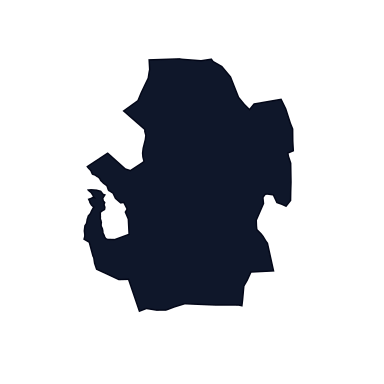 Ijero, Ekiti, Nigeria, rotated 216°
{"feature_id": "59680162B51712615582520", "entity_name": "Ijero", "entity_type": "district", "adm_level": 2, "iso_a3": "NGA", "parent_name": "Nigeria", "parent_adm1": "Ekiti", "projection": "mercator", "projection_center": [5.082, 7.845], "detail": "fine", "context": "isolated", "style": "filled", "palette": "ink", "viewbox_px": 384, "rotation_deg": 216, "n_neighbors": 0, "source": "geoboundaries", "source_scale": "gbopen_adm2", "svg_char_len": 2868}
<svg xmlns="http://www.w3.org/2000/svg" viewBox="0 0 384 384"><g transform="rotate(216 192 192)"><path d="M84.8,129.3L87.6,134.3L94.8,146.4L95.5,153.0L97.3,161.9L79.7,176.1L100.9,194.9L103.2,195.6L108.4,197.8L111.5,198.7L117.5,199.7L119.9,202.4L123.5,207.0L127.4,224.7L131.4,229.2L131.5,231.5L131.4,233.3L129.8,234.7L124.5,237.5L117.1,233.4L112.1,234.9L107.6,235.8L107.3,243.1L112.7,250.8L117.6,258.0L129.1,273.3L134.8,277.4L137.4,279.8L134.3,284.9L140.4,292.4L147.6,302.1L153.0,305.5L165.0,314.3L174.4,319.3L193.5,299.7L193.9,292.4L201.3,293.6L210.0,295.9L228.5,307.7L241.6,311.0L251.7,309.9L254.4,310.8L261.8,303.5L278.2,293.4L280.4,292.3L304.3,273.7L298.2,266.2L297.0,263.6L294.3,258.4L293.0,251.1L291.4,242.5L289.4,234.1L294.9,217.4L266.9,214.9L265.7,213.2L262.6,210.7L260.5,206.9L257.2,198.7L254.8,194.4L252.3,191.5L248.7,188.5L250.5,183.3L250.6,183.1L254.4,173.1L259.5,171.4L283.0,173.8L283.2,173.4L291.6,151.0L291.0,150.8L290.2,150.6L289.7,150.5L289.4,150.4L289.2,150.4L288.8,150.3L288.4,150.3L287.9,150.2L286.7,149.9L286.3,149.7L285.7,149.6L285.0,149.0L284.6,148.8L284.2,148.6L283.5,148.1L282.6,148.0L282.1,148.2L281.4,148.5L280.5,148.7L280.1,148.8L279.4,148.8L277.8,148.8L276.9,149.0L275.6,148.9L274.7,148.7L274.2,148.5L273.1,147.9L272.2,147.6L271.1,147.5L269.9,147.3L268.9,147.1L268.3,147.1L266.7,147.1L265.3,147.1L264.2,146.9L263.9,146.7L261.0,144.6L259.9,144.3L258.3,144.6L257.2,144.5L256.0,144.7L255.1,144.6L250.2,141.9L245.8,141.5L243.3,141.3L241.1,143.5L234.4,140.1L234.1,136.6L227.6,132.7L218.0,120.8L226.5,108.1L232.7,103.8L233.5,103.7L234.0,103.6L234.8,103.7L236.3,104.3L237.0,104.8L237.5,105.2L238.0,105.3L238.2,105.6L238.4,105.6L238.8,105.9L239.1,105.9L239.6,106.3L240.4,106.9L241.1,107.9L242.8,109.5L243.4,109.9L245.1,110.8L245.6,111.3L246.0,111.5L246.3,112.1L247.1,113.4L247.6,114.3L248.0,114.5L248.9,115.4L250.2,116.2L250.9,117.1L251.6,118.2L252.2,118.8L252.7,119.6L254.3,121.7L254.0,122.4L253.5,124.2L252.5,126.4L253.3,128.1L254.1,128.9L255.8,129.9L255.9,130.7L256.3,131.4L256.3,132.0L256.7,132.2L257.4,132.4L258.1,132.4L258.5,132.6L259.0,133.0L260.1,134.0L260.5,134.1L260.7,136.5L260.8,138.4L262.6,137.8L266.3,138.9L270.4,137.3L274.9,134.5L277.1,132.6L276.6,132.4L275.9,132.5L275.4,132.4L274.0,132.3L273.4,132.4L272.8,132.1L271.2,131.5L270.1,131.1L268.8,130.2L267.8,130.0L268.6,129.6L269.2,128.9L269.9,127.4L271.3,125.4L268.5,123.9L268.5,123.6L268.1,123.4L265.7,122.4L265.2,122.3L262.5,122.1L262.6,121.3L262.1,117.4L261.5,115.0L261.8,111.5L261.3,110.4L260.7,108.3L259.3,105.6L258.8,104.1L258.8,101.9L257.8,100.0L256.2,97.2L254.4,95.3L253.5,94.3L252.6,93.0L251.6,90.4L245.6,91.0L234.5,82.0L232.9,81.2L228.9,77.1L223.8,73.5L199.7,78.2L192.0,84.1L164.5,64.7L160.4,71.0L151.3,75.6L143.8,81.1L142.8,82.5L138.8,88.6L132.2,97.4L118.9,106.2L114.7,109.0L106.9,114.2L87.8,128.0L84.8,129.3Z" fill="#0f172a" stroke="#020617" stroke-width="1.5"/></g></svg>